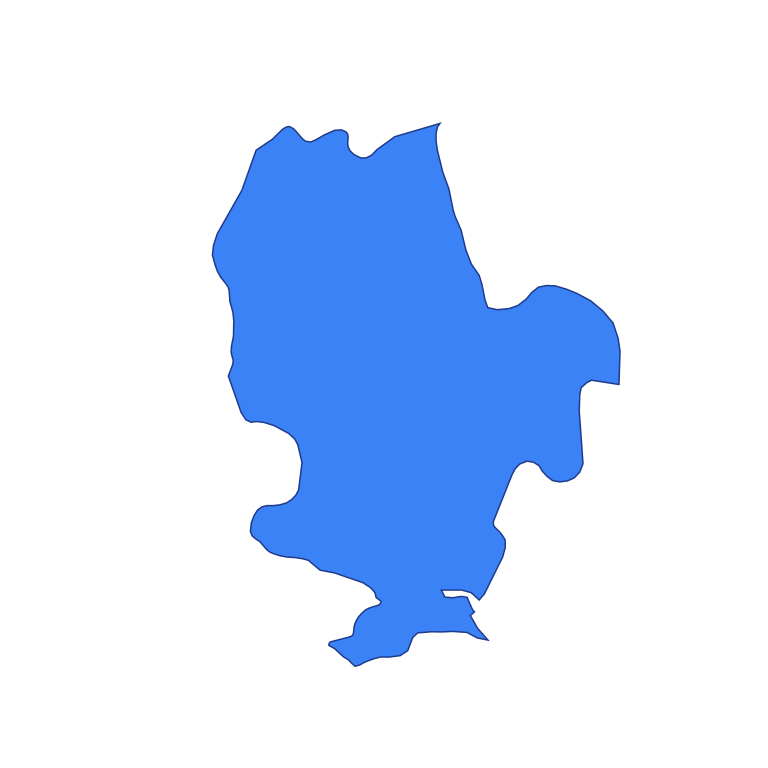 map outline of Đồng Nai (Mercator projection), rotated 317°
{"feature_id": "VNM-497", "entity_name": "Đồng Nai", "entity_type": "Province", "adm_level": 1, "iso_a3": "VNM", "parent_name": "Vietnam", "parent_adm1": "", "projection": "mercator", "projection_center": [107.117, 11.067], "detail": "fine", "context": "isolated", "style": "filled", "palette": "blue", "viewbox_px": 768, "rotation_deg": 317, "n_neighbors": 0, "source": "natural_earth", "source_scale": "10m", "svg_char_len": 2715}
<svg xmlns="http://www.w3.org/2000/svg" viewBox="0 0 768 768"><g transform="rotate(317 384 384)"><path d="M292.4,612.3L289.2,612.3L285.8,626.7L285.4,642.2L279.0,633.3L275.3,622.3L265.6,611.9L256.6,604.2L249.8,597.6L244.0,593.1L239.0,589.0L232.2,589.0L225.5,592.2L219.6,595.2L210.6,593.7L201.5,587.2L195.6,581.5L189.5,578.2L184.8,576.1L180.1,574.3L174.5,572.9L170.3,570.7L169.8,564.5L170.0,562.1L168.2,555.5L167.4,543.7L165.4,537.5L167.3,536.1L168.8,536.0L186.9,545.8L188.9,546.3L190.2,546.1L191.8,545.3L196.3,541.4L198.8,539.7L202.5,538.1L206.8,536.9L211.8,536.5L216.6,536.7L220.4,537.8L224.3,539.5L227.8,541.4L230.0,542.1L231.5,542.1L232.5,541.8L233.2,541.3L233.5,540.6L233.4,539.5L232.8,535.8L232.8,534.5L233.2,533.5L234.1,532.4L234.8,531.1L235.3,528.0L235.2,523.4L233.0,514.8L218.9,488.3L210.3,476.6L208.4,461.3L205.4,456.4L200.6,450.3L195.1,444.5L190.7,438.5L187.6,433.0L185.7,428.6L185.3,424.4L185.7,414.7L184.6,409.9L184.0,405.2L185.7,400.7L192.4,395.0L199.3,391.6L205.9,389.9L211.0,390.7L215.3,393.0L219.9,397.3L225.3,401.3L231.7,404.5L237.9,405.5L243.8,405.2L249.1,403.4L270.5,385.5L279.6,369.5L281.2,363.2L280.6,355.3L275.3,339.5L270.1,330.4L265.2,324.5L260.7,321.3L258.6,316.1L260.0,307.6L275.6,272.0L287.0,266.4L290.1,263.6L292.3,259.1L294.1,256.3L298.3,252.3L306.5,246.4L317.1,235.5L322.5,228.4L327.6,218.5L334.2,210.4L336.0,207.2L336.7,203.4L337.4,194.3L339.1,187.8L342.0,181.1L346.4,172.8L353.9,166.3L364.6,160.4L412.2,145.4L449.9,125.8L469.4,128.9L483.5,128.5L487.5,129.3L490.1,130.9L491.2,133.3L491.9,135.9L492.0,139.3L491.6,148.9L492.1,152.8L495.3,157.0L501.0,159.0L510.5,161.2L521.1,164.9L526.2,169.1L528.2,173.7L527.8,176.5L526.3,178.8L521.5,183.3L519.4,186.2L518.2,190.5L518.5,195.8L521.2,202.9L525.1,206.4L530.9,208.2L538.7,207.8L560.6,210.5L602.6,231.6L598.7,232.4L596.4,233.8L592.7,236.5L587.7,242.0L582.4,249.5L571.5,269.1L564.4,285.8L552.9,304.5L550.3,309.9L545.2,324.3L535.4,341.6L529.7,355.7L527.7,369.5L523.4,378.2L515.1,391.6L512.0,398.9L517.4,406.8L526.7,414.0L535.4,417.9L545.9,418.9L554.7,417.8L563.0,418.5L569.9,422.7L576.2,429.1L582.1,439.1L586.9,449.5L591.9,464.2L593.9,480.0L593.1,495.6L586.4,510.2L579.0,521.0L555.5,544.6L538.3,522.7L533.1,521.3L525.7,521.1L519.7,525.5L508.2,537.1L475.2,578.0L467.2,581.9L459.1,582.4L452.1,580.0L445.7,575.4L441.4,569.5L440.3,563.1L440.3,556.0L441.7,549.2L439.9,543.1L436.0,538.0L428.7,535.1L422.5,535.4L415.7,537.7L370.1,559.2L367.6,562.3L367.4,565.7L367.7,570.7L367.3,575.6L366.3,580.6L361.2,586.3L352.7,591.5L314.0,606.1L309.8,606.4L306.5,606.9L306.3,606.9L305.5,596.1L300.2,587.6L285.4,573.8L283.2,581.4L288.5,587.2L295.6,592.0L299.3,596.6L294.8,609.4L294.8,612.3L292.4,612.3Z" fill="#3b82f6" stroke="#1e3a8a" stroke-width="1.5"/></g></svg>